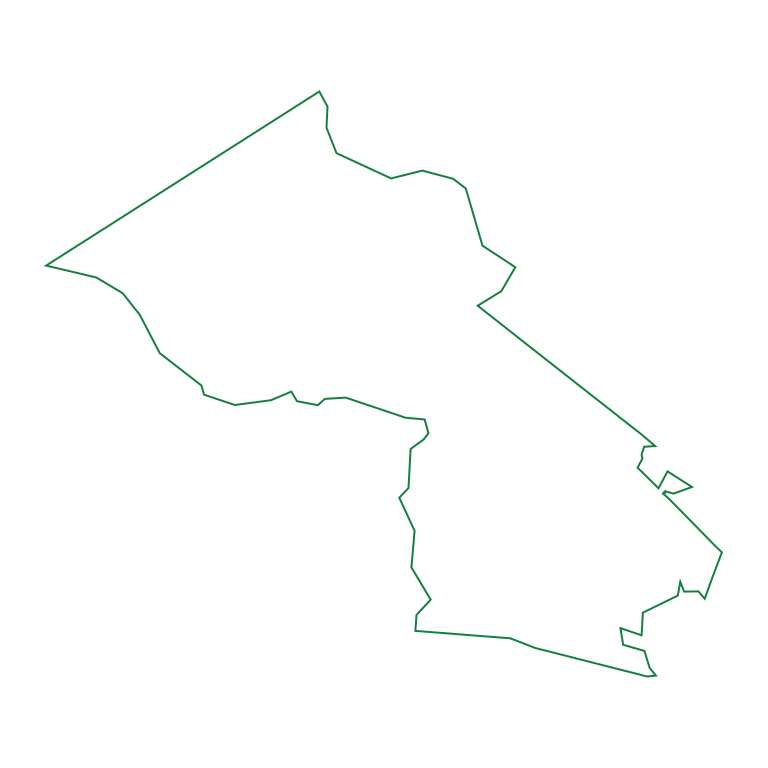 Dorchester, South Carolina, United States of America
{"feature_id": "52423323B90119869144557", "entity_name": "Dorchester", "entity_type": "district", "adm_level": 2, "iso_a3": "USA", "parent_name": "United States of America", "parent_adm1": "South Carolina", "projection": "robinson", "projection_center": [-80.311, 33.076], "detail": "fine", "context": "isolated", "style": "outline", "palette": "green", "viewbox_px": 768, "rotation_deg": 0, "n_neighbors": 0, "source": "geoboundaries", "source_scale": "gbopen_adm2", "svg_char_len": 1072}
<svg xmlns="http://www.w3.org/2000/svg" viewBox="0 0 768 768"><path d="M655.1,446.0L640.8,433.9L622.8,419.8L558.0,368.9L521.2,340.0L477.7,305.7L501.4,291.1L515.3,267.2L482.5,245.7L465.8,188.5L453.1,178.8L422.3,170.6L391.1,178.4L336.5,153.2L326.5,127.7L327.5,106.6L319.3,91.5L46.1,265.6L96.3,277.5L122.6,293.2L139.7,314.7L159.8,353.2L201.4,385.5L204.1,394.7L234.8,405.0L271.0,400.2L291.3,391.6L297.0,401.2L317.8,405.2L324.8,398.9L345.7,397.6L405.4,417.7L424.7,419.5L428.4,433.3L423.8,439.3L410.6,449.0L408.5,488.0L399.3,497.7L414.6,530.9L411.4,567.4L430.7,599.6L416.5,615.0L415.4,630.9L510.2,638.3L519.4,641.8L535.2,648.0L647.2,676.5L655.9,675.6L649.7,668.0L644.4,650.9L623.1,644.8L620.5,628.2L641.6,635.3L642.9,612.6L677.8,595.6L680.3,581.8L684.1,591.6L698.5,591.4L704.7,598.8L712.3,577.7L721.9,552.3L716.0,546.7L712.2,542.9L701.3,531.7L668.3,498.1L663.0,493.6L664.4,491.8L665.3,492.6L665.6,491.4L673.6,493.6L691.9,487.0L667.5,471.4L658.5,488.3L645.0,474.9L637.6,467.7L642.4,458.6L641.6,454.3L644.2,446.8L655.1,446.0Z" fill="none" stroke="#15803d" stroke-width="2"/></svg>